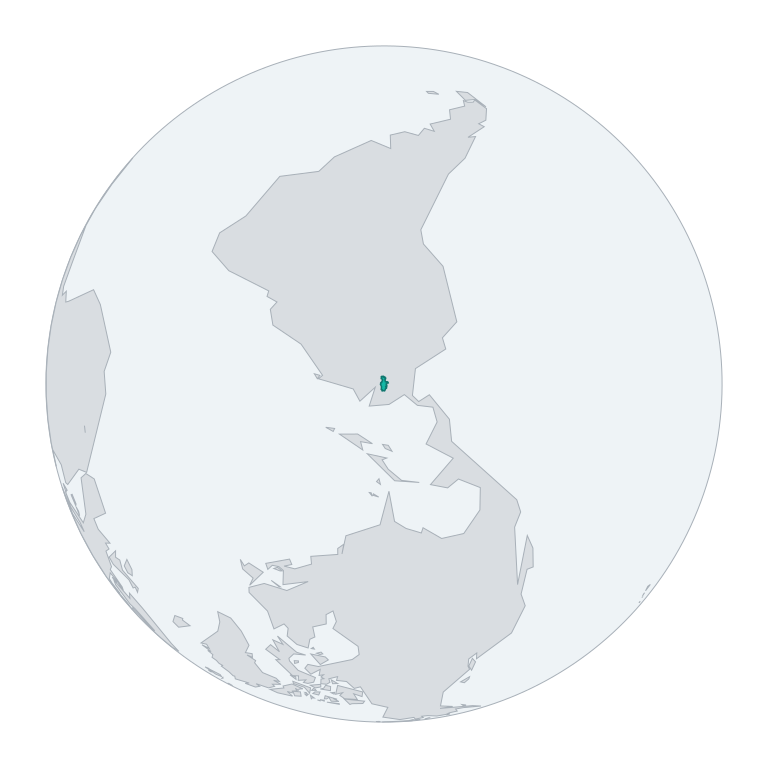 Norte de Santander on an orthographic globe, rotated 199°
{"feature_id": "COL-1421", "entity_name": "Norte de Santander", "entity_type": "Department", "adm_level": 1, "iso_a3": "COL", "parent_name": "Colombia", "parent_adm1": "", "projection": "orthographic", "projection_center": [-72.935, 8.085], "detail": "fine", "context": "on_globe", "style": "filled", "palette": "teal", "viewbox_px": 768, "rotation_deg": 199, "n_neighbors": 0, "source": "natural_earth", "source_scale": "10m", "svg_char_len": 10401}
<svg xmlns="http://www.w3.org/2000/svg" viewBox="0 0 768 768"><g transform="rotate(199 384 384)"><circle cx="384" cy="384" r="338" fill="#eef3f6" stroke="#a8b0b8"/><path d="M353.4,382.4L345.5,378.7L337.6,388.6L310.7,372.0L301.4,351.8L220.8,317.8L213.1,307.5L213.9,291.2L192.4,237.8L199.2,287.4L189.8,277.4L183.4,259.6L188.4,255.4L186.0,230.0L178.3,220.3L182.4,190.1L207.1,154.3L208.7,159.9L214.4,151.6L212.7,144.5L210.2,142.1L227.7,112.0L225.8,98.0L214.1,101.5L225.4,95.5L195.6,108.7L187.4,111.1L203.5,103.9L210.5,100.0L208.3,98.6L215.0,94.5L217.8,91.8L225.9,87.3L234.7,84.7L240.2,82.1L238.3,81.4L245.3,77.4L247.2,78.5L259.7,71.9L276.6,68.7L275.1,79.5L291.3,77.7L307.7,90.0L313.0,86.5L322.6,90.5L332.4,88.3L332.6,92.2L340.2,87.3L338.0,84.3L340.6,81.4L346.2,80.1L347.5,84.5L344.9,85.8L348.2,86.5L346.5,89.4L350.5,87.3L351.4,93.4L358.7,85.8L366.3,89.5L364.7,94.1L354.1,95.5L324.3,113.2L319.4,120.1L323.1,127.5L352.7,136.2L351.7,143.9L358.3,152.8L363.7,147.1L360.5,138.3L372.3,131.1L367.0,122.3L371.0,118.5L369.8,109.7L381.5,109.4L393.5,114.2L395.1,121.8L400.4,124.6L408.3,116.6L420.2,131.4L443.7,143.0L445.5,147.7L432.3,156.4L408.6,157.1L391.4,172.5L414.2,161.4L418.4,174.9L424.0,177.1L430.6,176.2L433.5,170.9L437.4,175.9L416.3,187.7L412.4,183.3L419.2,179.3L408.1,180.2L393.9,190.1L397.1,197.2L372.2,207.8L374.2,213.4L369.9,219.4L368.4,209.6L370.6,228.1L341.9,249.6L344.4,284.2L329.3,257.5L316.1,254.6L300.2,255.3L300.3,260.8L279.2,256.7L259.9,268.6L252.3,296.1L259.2,317.4L282.7,318.4L290.0,306.5L307.3,304.0L294.4,336.4L324.7,341.0L321.4,365.4L330.2,378.0L345.5,374.7L361.3,380.6L372.6,366.3L390.8,358.3L391.2,378.2L401.2,359.9L411.5,369.3L447.7,367.6L444.9,372.2L475.4,394.7L508.2,403.5L515.8,417.6L511.9,426.7L523.1,428.7L523.3,434.5L567.6,440.6L589.7,453.3L588.6,473.4L569.3,497.9L550.1,546.4L514.9,563.8L504.8,582.6L475.4,610.1L454.3,608.8L459.1,621.4L446.5,629.3L432.4,630.2L429.1,638.9L418.7,639.3L425.0,644.8L407.3,656.0L411.3,664.6L398.2,673.0L401.2,677.8L396.5,677.7L391.4,679.5L390.7,682.1L376.7,677.7L373.6,666.6L379.2,660.9L373.0,659.9L384.9,644.6L378.0,647.8L380.9,623.9L391.4,603.5L399.4,541.8L392.3,529.2L366.5,514.5L335.4,466.5L343.8,446.7L337.0,437.2L359.3,408.8L353.4,382.4ZM66.9,281.2L69.4,273.6L68.7,278.6L66.9,281.2ZM70.5,268.9L69.7,271.5L70.2,269.3L70.5,268.9ZM70.5,267.3L70.5,268.5L70.2,267.9L70.5,267.3ZM70.3,266.1L70.5,266.4L70.4,266.7L70.3,266.1ZM342.4,296.0L377.1,312.6L357.3,314.9L361.1,311.7L352.3,304.8L336.0,298.6L318.6,302.4L342.4,296.0ZM71.0,262.0L71.3,260.7L71.8,260.2L71.0,262.0ZM358.3,276.7L352.2,275.4L358.2,275.2L358.3,276.7ZM208.0,141.9L212.0,145.0L211.1,153.4L207.0,151.1L208.0,141.9ZM210.8,127.7L214.6,127.3L207.8,135.1L207.8,132.8L210.8,127.7ZM204.1,105.6L206.1,106.3L201.9,107.2L204.1,105.6ZM216.7,92.3L214.1,93.6L216.7,91.8L216.7,92.3ZM363.5,110.7L366.6,110.2L365.2,112.0L363.5,110.7ZM360.1,107.5L356.2,110.0L354.0,108.9L356.4,107.4L360.1,107.5ZM231.5,83.5L236.5,80.6L232.9,83.0L231.5,83.5ZM365.3,104.9L350.6,106.8L346.8,105.0L352.9,98.0L365.3,104.9ZM240.4,78.7L252.3,72.9L247.4,74.9L268.0,66.7L251.0,73.8L247.4,76.1L245.5,76.4L240.4,78.7ZM335.0,83.9L337.5,87.1L330.3,85.7L335.0,83.9ZM329.7,83.9L303.9,85.9L303.0,81.3L311.8,81.2L306.5,77.0L318.8,73.6L324.4,75.2L322.6,78.7L328.7,74.9L329.7,83.9ZM277.5,63.6L281.7,62.2L279.0,63.3L277.5,63.6ZM341.1,80.1L336.0,80.6L334.8,76.6L344.9,74.9L342.0,76.7L341.1,80.1ZM299.1,77.8L300.0,75.0L310.2,71.3L311.9,69.9L319.0,73.2L299.1,77.8ZM345.1,77.0L350.0,74.3L355.6,75.2L346.1,79.4L345.1,77.0ZM330.3,76.4L330.2,74.5L333.5,74.9L330.3,76.4ZM378.2,78.4L372.1,78.3L371.0,76.1L378.2,78.4ZM351.5,73.2L349.6,72.9L348.4,72.2L352.7,70.8L351.5,73.2ZM325.7,70.7L329.7,70.1L323.3,69.1L330.7,66.9L334.0,69.8L335.7,67.6L337.9,67.0L338.1,70.1L325.7,70.7ZM353.7,67.5L360.5,71.3L372.1,71.4L373.4,73.2L354.5,72.8L353.7,67.5ZM344.5,68.7L350.5,68.2L349.1,70.4L344.2,72.0L344.5,68.7ZM334.4,64.6L322.3,67.2L322.0,66.6L334.4,64.6ZM357.3,67.0L355.6,66.1L358.3,66.7L357.3,67.0ZM341.8,64.7L337.5,65.5L337.3,64.7L341.8,64.7ZM355.7,64.0L357.9,65.1L354.6,66.0L355.7,64.0ZM349.6,63.9L350.2,62.7L352.2,65.8L347.7,64.4L349.6,63.9ZM342.2,63.8L340.7,63.6L344.1,63.6L342.2,63.8ZM366.9,60.1L370.1,63.8L362.8,65.7L360.7,61.8L366.9,60.1ZM399.9,686.8L377.8,679.3L390.3,682.8L399.4,678.7L410.8,684.3L399.9,686.8ZM426.5,675.8L436.7,673.3L439.0,674.5L432.5,676.7L426.5,675.8ZM639.2,162.5L640.7,164.3L646.6,171.3L652.3,178.6L654.7,181.8L641.7,166.3L636.0,159.8L619.3,146.7L626.0,153.9L642.1,167.3L641.2,167.1L650.3,178.7L642.6,169.8L623.1,154.9L623.5,163.9L639.9,196.7L636.8,202.3L627.1,199.9L605.2,171.2L614.5,162.3L606.9,153.6L591.3,144.3L595.5,142.9L590.3,138.5L592.5,135.5L582.2,122.6L582.4,119.4L565.5,106.9L563.3,104.0L573.9,111.9L581.4,116.3L580.4,110.6L576.4,107.3L565.4,100.1L566.5,100.2L556.1,94.0L549.1,89.2L548.8,90.5L536.0,83.7L524.7,77.6L520.4,76.0L538.7,86.3L546.1,90.4L552.5,93.3L572.4,106.8L575.6,110.7L554.5,98.6L556.6,103.4L539.3,93.4L500.5,69.4L490.9,64.4L499.6,66.5L512.4,71.4L512.8,71.6L518.1,73.8L540.9,84.7L562.7,97.2L583.6,111.3L603.4,127.0L622.0,144.1L639.2,162.5ZM275.7,63.9L268.0,66.7L247.4,74.9L275.7,63.9ZM695.1,515.9L706.3,484.3L713.9,456.6L717.4,437.0L718.3,397.3L718.7,372.1L717.0,363.2L714.6,368.3L711.6,357.9L709.4,359.3L689.3,378.6L678.1,366.8L652.7,325.1L652.7,304.8L643.8,284.0L636.4,203.6L644.8,204.1L650.3,186.0L652.8,187.1L662.9,202.6L675.7,213.9L667.0,199.4L667.3,199.8L679.5,220.0L690.2,241.0L699.4,262.7L707.1,285.0L713.2,307.8L717.7,331.0L720.6,354.4L721.9,378.0L721.5,401.5L719.4,425.1L715.7,448.4L710.4,471.3L703.5,493.9L695.1,515.9ZM650.6,240.7L653.6,246.9L653.6,247.0L650.6,240.7ZM448.8,367.3L453.2,371.0L447.4,371.3L448.8,367.3ZM354.5,323.0L361.8,323.4L365.7,326.4L360.0,327.4L354.5,323.0ZM416.6,322.6L425.0,324.1L416.2,325.9L416.6,322.6ZM382.6,314.7L409.8,322.1L392.6,328.1L375.5,323.8L387.4,321.9L382.6,314.7ZM354.7,287.9L359.3,289.3L357.9,292.8L354.7,287.9ZM362.6,276.6L360.8,277.0L358.5,274.1L362.6,276.6ZM419.6,174.1L421.4,173.4L428.1,173.7L425.0,176.0L419.6,174.1ZM457.4,163.1L462.8,171.4L456.8,166.6L453.6,170.8L436.9,166.7L445.5,149.9L444.6,157.9L457.4,163.1ZM417.1,158.1L426.7,161.6L415.9,158.5L417.1,158.1ZM559.6,120.8L564.8,122.1L570.4,127.5L570.0,134.4L561.9,126.4L559.6,120.8ZM570.7,122.9L549.8,110.7L549.2,106.8L553.1,110.9L554.8,109.5L561.5,115.9L581.3,125.4L587.5,130.9L583.5,138.9L581.4,132.8L576.5,131.5L570.7,122.9ZM497.7,95.2L488.7,92.3L499.0,87.2L506.2,90.7L506.4,97.0L497.9,96.8L497.7,95.2ZM378.8,93.2L374.7,94.3L374.3,92.8L377.5,90.7L378.8,93.2ZM375.5,78.5L396.5,88.1L392.8,89.5L409.5,94.7L406.4,100.6L395.7,96.8L405.8,105.9L394.8,104.9L402.7,111.0L379.2,101.9L369.8,102.2L381.5,99.4L384.6,93.7L383.2,91.4L372.0,85.3L353.3,84.1L353.4,79.2L358.5,76.1L363.0,75.6L361.5,78.8L368.6,75.9L369.8,80.2L375.5,78.5ZM417.8,55.8L414.1,57.4L428.6,56.8L430.0,59.2L431.6,59.0L436.8,61.4L445.9,64.3L445.0,65.4L448.9,66.1L452.5,68.1L457.6,69.6L457.7,72.4L463.9,74.7L460.4,74.8L471.2,78.2L463.2,77.1L467.0,80.2L472.7,79.6L460.7,96.2L461.8,105.6L467.1,114.6L452.7,112.8L438.5,103.9L426.6,93.0L427.6,84.9L420.9,86.1L419.4,82.8L425.3,83.2L415.3,80.7L415.6,78.3L404.9,71.6L390.3,70.7L386.0,68.7L391.9,67.9L383.6,66.5L391.8,63.8L389.0,62.5L394.3,59.1L407.3,59.0L403.1,57.7L406.9,55.6L417.8,55.8ZM368.8,59.1L384.1,57.4L392.3,58.2L379.7,64.0L381.1,65.6L373.3,70.4L361.5,69.4L364.8,68.0L365.3,66.5L368.8,67.4L366.3,65.6L370.8,63.8L370.2,62.1L375.3,61.8L368.8,59.1ZM649.0,180.4L649.7,180.0L649.3,178.0L655.1,185.7L649.0,180.4ZM636.1,170.3L635.8,168.5L643.8,177.4L643.0,178.2L636.1,170.3ZM628.9,160.4L635.2,167.7L631.3,164.2L628.9,160.4ZM572.9,110.2L571.8,108.4L574.3,110.0L578.1,113.0L572.9,110.2ZM461.1,58.3L457.7,58.1L455.7,57.5L444.3,55.9L442.4,54.5L448.5,54.9L461.1,58.3ZM457.1,56.5L452.6,55.8L454.5,55.6L457.1,56.5ZM440.4,53.5L441.4,53.0L440.8,54.2L440.4,53.5ZM429.0,49.5L434.5,50.3L432.9,50.3L429.0,49.5ZM280.1,62.6L281.6,62.3L277.9,63.4L280.1,62.6Z" fill="#d9dde1" stroke="#a8b0b8" stroke-width="1"/><path d="M383.6,376.9L383.7,377.1L383.7,377.3L383.8,377.5L383.7,377.7L383.8,377.8L383.9,378.0L384.0,378.0L384.3,377.8L384.5,377.8L384.8,377.9L384.9,378.0L384.9,378.3L385.0,378.6L385.0,378.9L385.1,379.1L385.2,379.4L385.2,379.7L385.3,379.9L385.4,380.2L385.4,380.4L385.5,380.7L385.6,380.9L385.7,381.0L385.8,381.1L386.0,381.2L386.1,381.3L386.2,381.5L386.3,381.6L386.5,381.8L386.7,382.0L386.8,382.1L387.0,382.2L387.1,382.3L387.2,382.5L387.2,382.9L387.1,383.0L387.4,383.5L387.5,383.9L387.5,384.1L387.4,384.3L387.3,384.2L387.2,384.2L387.0,384.3L387.0,384.5L386.9,384.6L386.7,384.7L386.7,384.8L386.7,385.1L386.8,385.1L386.8,385.5L386.7,386.0L386.6,386.6L386.7,386.9L386.8,387.0L386.7,387.2L386.7,387.3L386.7,387.5L386.8,387.8L387.0,388.0L387.3,388.0L387.6,388.1L388.1,388.1L388.3,388.1L388.5,388.4L388.5,388.5L388.4,388.7L388.5,388.9L388.5,389.1L388.6,389.3L388.9,389.9L389.0,390.0L389.3,390.2L389.4,390.3L389.5,390.3L389.3,390.3L389.2,390.3L389.0,390.2L388.9,390.2L388.4,390.2L388.2,390.2L388.2,390.3L388.1,390.5L387.9,390.4L387.7,390.6L387.6,390.8L387.3,391.1L387.2,391.1L386.7,390.9L386.5,391.0L386.4,391.0L386.2,390.9L386.3,390.7L386.2,390.5L386.2,390.4L385.8,390.5L385.7,390.4L385.6,390.5L385.5,390.4L385.4,390.4L385.2,390.4L385.1,390.5L385.0,390.3L384.9,390.3L384.8,390.2L384.6,390.2L384.3,390.1L384.5,389.6L384.6,389.4L384.6,389.2L384.4,389.0L384.3,388.9L384.5,388.6L384.5,388.3L384.5,388.2L384.4,388.1L384.2,387.9L384.2,387.7L383.8,387.3L383.7,387.2L383.6,386.9L383.5,386.7L383.3,386.8L383.2,386.8L382.9,386.7L382.6,386.7L382.4,386.7L382.2,386.9L382.1,387.1L381.8,387.2L381.6,387.2L381.4,387.1L381.0,387.0L380.9,386.9L380.7,386.9L380.6,386.7L380.4,386.4L380.2,386.3L380.1,386.2L379.9,386.0L380.1,386.1L380.3,386.2L380.5,386.3L380.8,386.4L381.0,386.3L381.1,386.2L381.3,386.0L381.4,385.9L381.5,385.7L381.5,385.3L381.5,385.2L381.8,385.0L381.8,384.9L381.9,384.7L381.8,384.4L381.5,384.4L381.4,384.3L381.4,384.2L381.3,383.8L381.2,383.7L381.2,383.3L381.2,383.2L381.3,383.0L381.3,382.9L381.4,382.7L381.5,382.5L381.6,382.2L381.5,381.9L381.4,381.8L381.2,381.8L381.2,382.0L381.2,382.3L381.0,382.5L380.9,382.6L380.9,382.4L380.7,382.3L380.5,382.2L380.7,381.8L380.7,381.7L380.6,381.4L380.4,381.2L380.3,380.9L380.4,380.7L380.5,380.6L380.8,380.4L380.8,380.2L381.0,380.0L381.1,379.9L381.1,379.7L381.0,379.4L381.0,379.2L381.1,378.1L381.1,377.9L381.2,377.7L381.5,377.6L382.1,377.6L382.4,377.6L382.6,377.5L382.8,377.3L382.9,377.2L383.0,377.2L383.4,376.9L383.6,376.9Z" fill="#14b8a6" stroke="#0f766e" stroke-width="1.5"/></g></svg>